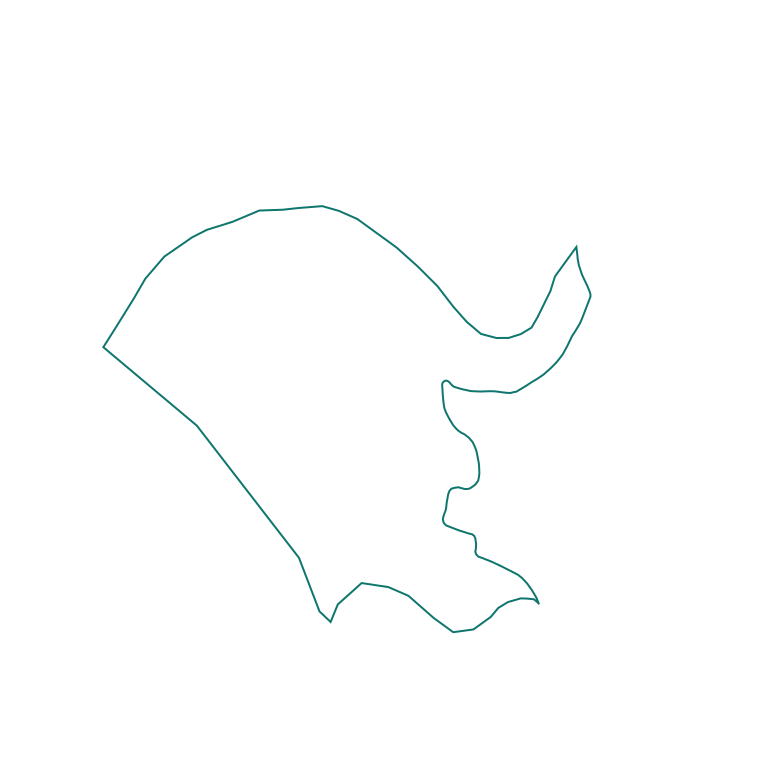 Monchy/Ravine Macock, Dauphin, Saint Lucia, rotated 216°
{"feature_id": "8701671B74804511892204", "entity_name": "Monchy/Ravine Macock", "entity_type": "district", "adm_level": 2, "iso_a3": "LCA", "parent_name": "Saint Lucia", "parent_adm1": "Dauphin", "projection": "natural_earth1", "projection_center": [-60.927, 14.048], "detail": "fine", "context": "isolated", "style": "outline", "palette": "teal", "viewbox_px": 768, "rotation_deg": 216, "n_neighbors": 0, "source": "geoboundaries", "source_scale": "gbopen_adm2", "svg_char_len": 2194}
<svg xmlns="http://www.w3.org/2000/svg" viewBox="0 0 768 768"><g transform="rotate(216 384 384)"><path d="M129.0,296.8L134.9,300.6L143.0,304.1L151.1,306.8L158.5,308.2L163.5,308.4L182.0,305.5L192.5,303.5L202.5,300.9L206.3,299.8L209.4,300.4L211.5,301.9L212.9,304.8L215.6,308.9L218.2,311.5L219.5,312.9L221.7,314.1L224.4,314.2L227.5,312.9L237.7,309.5L246.0,307.3L250.7,306.1L254.2,306.8L256.9,309.2L258.0,311.6L258.8,314.0L259.9,318.1L260.8,320.1L263.5,324.8L265.2,328.3L267.4,332.9L268.2,336.1L267.9,339.0L265.7,341.7L263.1,344.2L260.3,345.2L256.7,346.6L253.9,348.9L252.9,350.6L251.8,353.7L251.0,356.4L251.0,361.1L252.2,363.9L254.1,367.4L257.3,371.6L260.5,375.4L264.7,379.4L269.0,383.4L271.1,385.0L274.6,387.2L278.2,389.1L283.5,390.4L286.5,390.5L289.2,390.6L293.2,390.0L296.3,389.9L299.5,390.3L303.7,391.3L308.4,393.2L311.5,394.6L316.5,397.1L320.0,399.2L322.6,401.5L325.5,404.6L329.7,409.3L333.5,414.0L335.9,416.7L337.2,418.9L337.2,420.9L336.4,422.6L335.3,423.5L333.6,423.9L331.9,423.8L330.0,423.3L327.6,422.9L325.3,423.0L317.8,425.7L309.4,429.4L301.7,434.5L297.7,437.6L294.1,440.4L290.7,442.8L287.4,444.7L283.4,446.8L279.4,449.1L276.5,451.0L273.9,454.1L272.4,455.6L271.3,458.2L268.1,465.7L265.6,472.3L262.8,478.9L260.5,485.4L259.5,489.9L258.4,494.9L257.8,498.7L257.2,503.1L256.9,508.6L256.9,513.4L258.0,522.2L258.9,527.1L259.6,531.2L260.1,534.0L260.2,537.7L260.7,544.0L261.2,548.8L262.7,555.2L264.6,562.2L268.3,576.0L269.7,577.9L272.2,579.8L277.1,582.8L287.7,588.6L290.6,590.6L293.2,592.5L296.4,594.8L301.6,599.8L302.4,600.9L308.9,607.9L308.9,599.1L308.9,590.4L308.9,583.2L308.9,571.5L304.0,557.0L299.0,528.0L297.8,516.3L302.7,504.7L310.2,494.6L320.1,487.3L335.0,481.5L353.6,482.9L373.5,487.3L398.3,494.6L425.6,498.9L454.1,501.8L483.9,501.8L502.5,501.8L522.4,497.5L538.5,491.6L557.1,475.7L568.3,465.5L586.9,451.0L601.8,426.3L618.0,404.5L625.4,390.0L636.6,358.0L639.0,329.0L636.6,305.7L634.1,270.8L632.7,248.8L510.9,240.3L350.6,193.4L302.5,162.1L287.3,160.1L291.8,178.5L285.1,209.8L261.0,222.3L239.6,227.0L206.2,223.9L182.1,223.9L167.4,238.0L160.7,258.3L159.9,270.1L155.5,280.5L147.3,291.0L142.1,294.5L136.1,298.0L130.0,297.4L129.0,296.8Z" fill="none" stroke="#0f766e" stroke-width="2"/></g></svg>